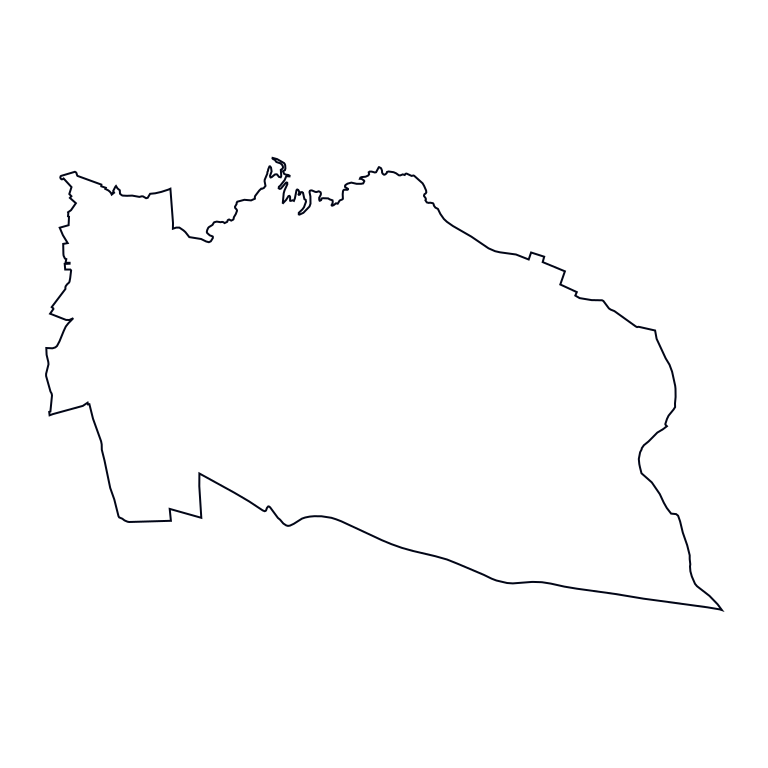 Al Khalifa, Al Qahirah, Egypt
{"feature_id": "37247803B15392203431980", "entity_name": "Al Khalifa", "entity_type": "district", "adm_level": 2, "iso_a3": "EGY", "parent_name": "Egypt", "parent_adm1": "Al Qahirah", "projection": "orthographic", "projection_center": [31.287, 30.01], "detail": "fine", "context": "isolated", "style": "outline", "palette": "ink", "viewbox_px": 768, "rotation_deg": 0, "n_neighbors": 0, "source": "geoboundaries", "source_scale": "gbopen_adm2", "svg_char_len": 6049}
<svg xmlns="http://www.w3.org/2000/svg" viewBox="0 0 768 768"><path d="M74.9,171.8L61.1,175.9L60.6,176.3L60.3,177.5L60.7,178.6L61.6,179.3L62.7,179.2L63.6,178.5L71.5,187.1L69.3,194.0L71.4,196.2L69.9,197.9L75.9,203.2L71.0,210.2L68.0,212.3L68.3,213.3L68.0,216.3L69.0,216.7L68.6,225.2L59.7,227.7L62.9,235.2L67.7,243.1L63.2,243.9L63.4,253.9L63.6,255.7L64.9,258.5L66.3,259.1L65.5,262.8L69.6,262.8L69.6,263.7L64.7,263.9L65.2,269.5L70.3,269.5L71.1,270.4L70.2,278.0L69.5,281.7L69.0,282.6L67.1,284.3L65.7,286.2L65.4,287.2L65.4,289.0L51.7,307.1L53.3,308.4L53.4,309.0L50.1,313.7L66.0,319.9L69.3,320.0L73.3,318.2L68.4,323.2L65.8,326.5L63.7,331.0L59.5,341.3L57.0,346.0L55.3,347.4L52.5,348.3L46.3,348.0L46.6,354.8L48.3,362.0L48.5,364.3L46.1,373.8L46.1,376.0L50.5,391.6L51.6,393.5L52.0,395.4L50.4,411.5L49.2,411.9L49.6,415.3L52.9,414.1L82.8,405.9L87.6,402.7L88.0,404.4L89.4,404.2L93.0,418.7L101.1,441.3L101.7,444.4L101.8,449.7L104.5,460.5L110.2,487.9L114.3,499.5L118.5,516.2L119.2,517.4L122.3,518.7L124.5,520.4L127.5,521.7L129.1,522.0L170.9,520.8L169.7,508.9L201.3,517.8L199.3,486.2L199.4,473.5L234.3,492.7L249.1,501.4L262.7,510.4L264.6,511.2L265.6,510.9L266.1,510.3L266.9,508.0L268.1,506.5L268.8,506.4L270.1,507.3L277.9,517.9L280.1,519.7L283.3,523.5L286.2,525.4L288.0,525.9L290.0,525.6L293.8,523.8L302.0,518.6L305.2,517.5L309.7,516.6L314.3,516.2L321.7,516.3L331.4,517.8L336.1,519.3L341.3,521.3L381.9,540.2L391.3,544.1L402.0,547.9L413.1,551.0L435.3,556.2L447.0,559.5L457.5,563.7L483.7,574.8L491.7,578.7L496.4,580.5L507.1,583.0L512.8,583.4L532.3,581.9L541.9,582.2L550.8,583.6L564.3,586.6L576.9,588.7L615.3,594.0L643.7,598.7L707.3,607.3L719.8,609.4L721.9,610.1L717.6,604.3L709.5,595.9L697.0,586.2L695.0,583.8L691.8,576.4L690.4,571.3L690.0,566.5L690.3,564.3L689.7,559.1L689.7,555.3L687.2,545.3L682.8,532.6L680.1,521.4L678.1,515.7L676.1,514.1L671.1,513.6L666.8,508.0L663.8,502.7L659.8,494.1L651.8,482.4L641.5,473.3L640.0,467.4L639.3,464.1L638.8,459.0L640.1,452.3L641.6,449.4L641.8,448.2L643.9,445.2L648.5,441.5L657.3,432.6L663.0,429.2L666.9,426.2L665.7,425.0L665.3,424.1L667.0,418.9L668.6,415.6L673.5,409.6L675.1,407.1L675.0,403.4L675.6,397.0L675.5,388.8L675.2,385.9L672.1,371.7L669.5,364.7L665.7,358.4L656.6,338.8L655.1,330.5L639.6,327.0L638.4,326.8L637.1,327.1L635.7,326.4L614.4,311.1L610.7,309.6L608.9,308.4L603.4,301.0L602.1,300.3L591.6,300.1L579.6,298.1L575.3,295.6L576.8,292.1L560.3,284.5L564.9,271.3L542.7,262.1L544.2,256.7L531.1,252.5L528.7,259.5L516.0,254.5L499.9,252.3L495.1,251.2L488.5,248.3L471.3,236.6L452.9,226.0L446.9,221.8L443.9,219.0L440.4,214.0L437.9,208.9L435.4,207.6L433.9,205.6L433.7,204.3L432.9,203.2L430.2,202.7L428.6,202.9L426.8,202.4L425.4,200.3L425.9,199.1L425.4,197.8L424.1,196.2L424.0,195.4L424.5,194.2L425.7,193.4L426.3,192.4L426.1,190.5L424.1,185.9L422.6,183.3L414.2,175.8L413.4,175.5L411.6,175.9L406.6,173.6L405.5,173.8L404.7,175.0L402.8,174.4L400.2,175.4L398.9,175.3L396.1,173.3L393.6,172.2L388.6,171.5L387.0,172.0L386.6,173.2L385.4,174.3L384.3,174.7L383.8,174.6L382.7,173.7L382.1,172.6L382.0,170.6L381.1,168.3L379.3,167.2L378.8,167.2L376.1,172.2L374.9,172.5L371.7,171.6L369.6,171.6L368.7,172.3L369.1,174.3L368.2,175.5L365.6,176.7L361.6,177.1L360.4,177.6L359.9,178.8L361.6,178.9L364.1,180.6L364.3,181.2L363.2,183.4L361.2,183.8L356.6,183.8L351.3,182.6L347.5,183.7L345.5,185.0L345.0,186.0L345.1,187.0L348.0,188.9L348.0,189.4L347.3,189.8L344.2,189.7L343.4,190.3L343.0,191.2L342.7,194.2L342.9,198.8L342.3,199.4L339.7,200.5L337.7,203.7L336.0,203.3L333.6,205.2L332.1,205.7L331.6,205.1L332.6,203.2L332.7,201.3L332.5,200.3L329.7,199.4L328.2,198.4L323.0,198.2L321.6,198.5L321.1,200.1L319.8,200.8L319.5,200.6L319.2,199.4L319.2,197.7L320.8,194.7L320.9,193.3L320.5,192.2L318.8,191.3L316.6,192.0L315.3,191.9L311.8,190.4L310.5,190.5L309.9,190.8L309.5,192.0L310.4,196.4L310.5,203.7L309.5,206.5L303.4,212.8L299.5,214.6L298.8,214.4L298.8,212.8L302.5,209.3L304.0,207.2L306.0,201.7L305.7,199.9L304.4,199.1L303.0,192.8L302.0,192.1L300.9,192.2L300.1,194.2L299.6,194.7L298.8,194.8L298.5,194.3L299.2,193.2L299.0,191.3L298.2,189.9L297.2,189.5L296.5,190.2L294.9,198.3L293.9,200.9L292.7,200.3L290.7,200.9L290.1,200.7L290.1,196.9L289.5,195.9L288.5,196.1L286.1,199.9L283.1,203.1L282.8,202.9L283.7,193.3L284.5,190.4L287.3,184.3L287.2,182.7L286.3,182.5L285.5,183.2L281.0,188.5L279.8,188.9L278.7,188.3L278.9,186.8L280.3,185.6L284.7,180.0L286.0,176.8L286.5,176.2L289.5,176.4L289.6,175.7L288.3,175.0L285.8,174.6L284.2,173.9L283.2,171.8L283.0,171.2L284.9,170.2L285.4,168.5L285.2,165.3L284.9,164.3L284.1,163.1L277.1,159.1L272.6,157.9L272.5,158.5L273.4,159.3L274.7,159.7L276.4,162.0L280.5,163.4L281.9,164.6L282.8,166.1L283.0,167.5L282.5,168.7L280.8,169.8L281.2,175.1L281.2,176.3L280.7,177.3L279.0,176.9L277.1,174.5L276.3,174.3L274.9,174.5L271.7,177.1L270.7,177.5L270.4,177.3L270.0,175.9L271.6,171.4L271.0,167.5L269.9,166.3L269.4,166.5L268.2,169.4L268.0,170.8L267.4,172.1L267.3,173.6L264.7,179.8L264.6,181.3L265.5,185.9L263.8,188.0L261.9,188.8L261.3,188.6L259.3,190.5L255.2,195.9L254.8,197.1L254.9,198.7L251.1,200.4L244.4,199.8L237.3,201.7L236.6,203.0L236.6,204.0L235.0,206.7L235.1,207.8L236.5,209.4L236.9,210.1L237.0,210.8L235.8,214.0L233.9,217.2L233.5,219.2L232.9,219.8L231.2,220.6L229.1,219.5L228.3,219.8L227.7,220.3L227.2,221.8L224.6,223.1L223.4,222.2L222.1,221.9L220.6,222.2L216.8,221.6L214.7,222.1L213.9,222.5L212.5,224.9L208.8,227.2L208.2,227.9L207.2,230.1L206.8,232.0L207.1,232.9L209.7,235.3L212.6,236.4L212.9,236.9L212.8,238.1L210.8,241.3L208.9,242.2L206.2,241.5L201.1,239.0L189.3,237.1L185.4,232.1L183.5,230.4L179.4,227.6L176.2,227.6L172.9,228.7L173.0,223.0L170.4,188.7L168.4,189.6L161.3,191.9L155.2,193.3L150.1,193.8L147.7,197.8L146.1,198.2L143.0,196.4L141.8,196.3L139.4,196.9L132.2,195.6L127.0,195.8L122.8,195.6L121.7,195.2L120.0,193.7L119.8,190.3L117.5,188.4L116.0,186.0L115.4,186.7L113.2,191.0L114.1,192.7L113.0,193.4L112.7,192.9L112.3,193.2L112.6,193.9L111.7,194.6L111.2,193.4L109.9,191.7L108.3,190.4L105.3,188.9L105.8,187.8L101.3,186.3L101.4,184.6L77.5,175.9L77.0,175.0L76.5,173.2L76.1,172.5L74.9,171.8Z" fill="none" stroke="#020617" stroke-width="2"/></svg>